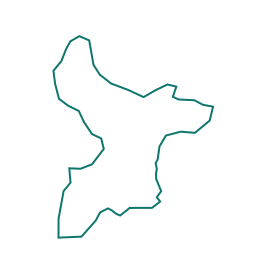 an SVG outline of Priekulu, rotated 170°
{"feature_id": "LVA-5794", "entity_name": "Priekulu", "entity_type": "Municipality", "adm_level": 1, "iso_a3": "LVA", "parent_name": "Latvia", "parent_adm1": "", "projection": "mercator", "projection_center": [25.467, 57.339], "detail": "fine", "context": "isolated", "style": "outline", "palette": "teal", "viewbox_px": 256, "rotation_deg": 170, "n_neighbors": 0, "source": "natural_earth", "source_scale": "10m", "svg_char_len": 824}
<svg xmlns="http://www.w3.org/2000/svg" viewBox="0 0 256 256"><g transform="rotate(170 128 128)"><path d="M192.7,29.1L215.5,32.1L212.1,50.8L202.4,77.0L194.1,84.2L192.8,98.5L181.9,96.1L169.7,98.5L155.5,111.6L156.2,122.3L164.5,128.3L170.3,141.4L173.5,153.3L183.1,160.4L190.9,168.7L192.1,184.2L191.5,197.3L181.9,205.6L175.4,216.3L169.7,223.4L160.0,226.9L151.0,221.0L151.0,196.1L146.5,185.4L136.9,174.7L120.8,165.2L107.3,155.7L94.5,160.4L81.6,164.0L73.2,160.4L78.4,150.9L73.2,147.3L57.8,143.8L50.1,137.8L40.5,134.2L46.3,121.1L63.0,111.6L76.5,115.2L91.9,114.0L100.2,104.4L104.2,92.0L106.9,88.5L106.7,82.8L108.4,77.9L109.1,72.9L106.3,60.0L110.7,55.8L111.6,54.7L109.1,50.0L118.2,45.2L140.2,49.0L150.9,43.2L154.6,45.6L158.6,50.0L161.7,52.3L170.2,49.7L175.8,42.5L192.7,29.1Z" fill="none" stroke="#0f766e" stroke-width="2"/></g></svg>